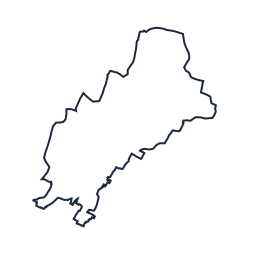 Kota Kediri, Jawa Timur, Indonesia (Albers equal-area conic projection), rotated 97°
{"feature_id": "22746128B79918158306090", "entity_name": "Kota Kediri", "entity_type": "district", "adm_level": 2, "iso_a3": "IDN", "parent_name": "Indonesia", "parent_adm1": "Jawa Timur", "projection": "albers", "projection_center": [112.028, -7.823], "detail": "fine", "context": "isolated", "style": "outline", "palette": "slate", "viewbox_px": 256, "rotation_deg": 97, "n_neighbors": 0, "source": "geoboundaries", "source_scale": "gbopen_adm2", "svg_char_len": 5735}
<svg xmlns="http://www.w3.org/2000/svg" viewBox="0 0 256 256"><g transform="rotate(97 128 128)"><path d="M101.0,42.9L97.9,43.9L96.7,43.7L94.7,43.6L93.2,48.2L86.9,50.2L85.5,53.2L83.8,59.9L76.7,59.5L75.4,59.5L74.3,59.3L73.5,59.2L72.8,59.1L72.2,59.0L72.1,60.3L71.9,62.9L71.7,64.1L71.5,65.6L71.2,67.0L70.9,68.5L70.6,69.6L70.2,70.8L69.7,71.6L69.2,72.2L68.3,72.6L67.3,73.0L66.5,73.6L65.7,74.2L65.1,75.1L64.6,76.4L64.3,77.3L60.9,79.7L55.7,77.5L52.3,75.8L49.1,75.9L45.6,77.2L41.4,79.9L38.3,81.7L35.0,83.0L28.0,84.9L26.6,91.7L26.1,95.5L26.0,99.9L25.9,102.5L25.6,102.9L25.3,103.9L25.2,104.8L25.1,106.2L25.0,107.5L25.0,109.2L25.0,110.6L25.1,111.9L25.3,112.8L25.5,113.9L26.0,115.2L26.4,116.3L26.7,117.1L26.9,117.5L27.0,117.7L27.4,118.4L27.5,118.6L28.1,119.3L28.2,119.6L30.5,121.6L30.5,121.9L30.3,122.2L29.7,123.0L29.5,124.1L29.8,124.2L30.2,124.3L30.3,124.5L30.4,125.2L30.7,126.4L30.8,127.1L30.9,127.7L32.7,128.2L33.4,128.3L34.2,128.3L35.4,128.3L35.9,128.4L36.9,128.8L37.2,128.8L38.0,128.6L38.6,128.5L38.9,128.6L40.2,129.5L40.8,129.6L41.4,129.8L42.3,129.8L42.9,129.7L43.4,129.8L44.3,129.8L45.0,129.7L46.1,129.7L47.8,129.7L49.1,129.7L50.2,129.8L51.1,129.9L52.8,130.0L54.5,130.1L56.6,130.2L58.4,130.3L60.5,130.7L61.8,131.0L63.2,131.6L66.6,133.4L68.8,134.6L69.4,134.9L69.9,135.1L70.4,135.2L71.1,135.3L74.6,134.9L77.8,138.8L75.6,142.7L74.3,145.6L74.2,146.7L74.1,148.0L73.7,150.1L73.6,150.9L73.4,152.2L73.4,152.4L73.6,152.6L74.0,152.9L74.4,153.1L75.7,153.6L76.3,153.8L76.7,154.1L77.1,154.3L77.4,154.7L77.6,154.9L77.9,155.0L78.1,155.0L78.5,154.8L79.4,154.3L81.0,154.7L87.0,155.4L91.2,156.5L96.7,157.4L104.8,159.9L106.1,165.9L103.4,170.4L100.2,174.9L98.8,176.6L101.2,177.6L102.9,178.3L105.3,179.3L105.9,179.5L108.1,180.1L110.0,180.8L111.3,181.1L114.6,182.1L115.7,182.2L116.2,182.0L117.3,181.6L117.2,181.9L116.4,185.8L116.3,188.2L116.8,191.4L121.9,190.8L126.9,191.0L129.8,192.9L131.0,196.7L131.4,200.0L135.1,202.5L140.3,203.4L146.2,204.0L152.7,205.0L157.3,205.9L162.2,207.0L167.8,207.7L171.6,205.4L176.2,201.3L181.1,202.4L182.6,203.1L189.1,207.1L189.4,207.3L189.3,206.2L188.9,205.9L188.8,205.5L189.4,204.1L189.4,203.8L190.6,201.0L191.0,199.9L191.0,199.0L191.0,198.6L190.8,197.7L191.8,197.7L192.5,197.7L193.0,197.5L193.1,197.0L195.2,197.2L196.5,197.6L198.2,198.2L200.0,199.0L201.4,199.7L203.6,200.5L204.8,201.3L207.1,202.9L208.3,207.5L210.1,209.7L210.2,210.8L210.9,213.0L211.4,213.1L211.5,212.6L212.1,211.4L212.8,209.8L212.6,209.7L212.8,209.2L214.1,209.6L214.9,209.6L215.0,209.4L215.5,209.6L216.4,209.5L217.8,205.0L217.4,204.7L217.9,203.7L218.2,202.9L218.3,202.6L218.6,201.8L217.4,201.0L216.4,200.5L216.6,199.9L216.7,199.7L216.1,199.2L215.1,198.8L214.3,197.3L214.0,196.9L213.5,196.3L211.3,193.7L210.1,192.6L207.8,190.7L205.9,189.2L205.9,188.0L206.1,186.2L206.7,184.7L207.1,182.0L207.0,181.4L206.9,181.0L206.7,180.2L206.7,179.9L206.9,179.4L207.0,179.0L206.9,178.8L205.8,177.6L205.7,177.2L205.4,176.7L204.8,175.7L204.7,175.4L208.9,175.6L209.8,176.2L210.4,175.1L210.6,174.5L211.1,173.6L210.0,173.0L209.5,173.3L207.2,172.0L205.8,170.9L205.3,170.5L205.1,170.2L204.5,169.7L204.1,169.2L204.7,169.3L206.2,169.8L207.4,170.0L208.9,170.6L209.0,170.3L209.6,169.2L210.2,167.8L209.6,167.3L210.4,165.0L211.8,164.3L213.0,164.5L215.2,165.3L216.1,165.8L216.1,166.0L216.0,166.4L216.0,166.7L216.2,167.0L217.1,167.3L218.8,168.1L219.9,168.8L220.4,169.0L222.1,169.7L223.2,170.1L223.9,170.5L224.8,170.9L225.7,169.0L225.8,169.0L226.2,167.7L226.3,167.5L226.7,166.6L228.8,167.3L229.2,166.1L229.3,166.2L230.2,162.5L230.4,162.6L230.5,162.2L231.0,160.2L230.2,160.0L229.9,160.0L229.5,160.1L227.6,159.4L227.3,159.2L227.5,158.6L226.2,158.2L226.3,157.6L226.1,157.3L226.0,157.1L226.0,156.6L225.8,156.2L225.6,156.0L225.1,156.1L224.8,156.0L224.1,156.0L223.7,155.6L223.8,155.2L223.0,154.9L222.9,154.3L223.0,153.7L222.2,153.5L222.1,153.4L221.1,153.0L221.7,151.1L221.8,150.8L220.7,150.4L220.0,150.1L219.9,150.1L219.7,150.7L219.3,151.5L219.0,151.3L218.2,153.1L217.6,154.7L216.9,156.2L216.6,156.7L217.1,156.9L216.5,158.2L213.9,156.6L214.2,151.7L211.7,150.6L207.7,149.5L200.1,148.7L197.4,150.7L192.9,149.6L190.5,146.4L189.8,145.9L189.8,146.0L189.5,146.5L189.3,146.3L188.7,146.1L188.2,145.7L187.3,145.4L186.9,145.2L187.3,144.2L188.5,144.3L188.7,144.0L188.4,143.9L188.5,143.5L187.8,143.1L184.2,141.6L185.0,139.8L183.8,139.2L182.3,138.8L181.9,139.7L181.9,139.8L182.0,140.3L182.2,140.8L181.9,142.2L180.2,141.4L179.6,142.4L179.3,142.2L179.1,141.6L179.1,141.1L179.1,140.7L179.1,140.4L178.7,139.8L178.7,139.6L178.3,139.4L178.0,139.4L177.1,139.0L175.8,138.4L174.7,138.0L173.9,137.7L173.2,137.4L172.4,136.7L171.9,136.4L170.9,135.9L168.3,134.9L169.3,132.7L169.3,132.2L168.8,131.4L169.5,129.2L169.4,128.7L169.2,128.4L169.0,128.2L168.8,128.1L168.5,127.9L168.0,127.7L166.9,127.2L166.6,127.0L166.2,126.9L165.9,126.9L165.6,126.9L165.4,126.7L165.2,126.6L165.0,126.3L164.7,126.2L164.4,126.1L164.1,125.8L163.5,125.5L162.9,125.0L162.7,124.9L162.4,124.7L162.2,124.4L161.8,124.2L161.1,123.5L160.7,123.3L160.0,123.3L159.2,123.4L157.9,123.1L157.5,123.0L156.8,122.7L155.8,122.3L155.0,121.9L154.1,121.6L153.6,121.4L153.0,121.1L153.4,120.3L153.7,119.7L154.2,118.4L154.5,118.0L154.9,117.1L155.1,116.6L155.5,115.8L155.8,114.9L156.7,112.4L156.9,111.7L157.1,111.3L155.6,110.6L150.9,108.7L150.5,109.7L149.8,111.4L149.6,112.1L149.5,112.4L149.4,112.8L149.1,113.4L148.2,112.8L146.7,109.2L146.7,103.8L145.4,100.4L141.3,97.6L139.3,94.6L138.7,89.6L137.1,89.1L133.1,87.2L132.4,87.0L131.4,86.8L130.3,86.4L129.1,85.6L127.7,84.8L124.9,83.3L124.9,83.2L125.0,82.1L125.0,78.4L124.9,77.4L124.9,76.5L121.1,74.9L120.9,74.9L116.7,73.5L116.3,73.5L116.2,74.2L115.9,74.2L114.7,74.1L113.9,74.0L113.7,72.6L113.1,70.7L113.3,67.1L109.0,62.2L108.6,57.0L109.2,52.6L107.7,45.4L104.6,43.9L101.0,42.9Z" fill="none" stroke="#1e293b" stroke-width="2"/></g></svg>